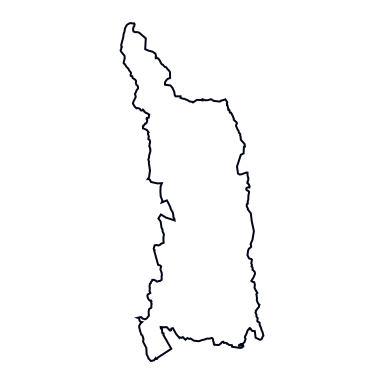 the district of Musatesti, Arges, Romania
{"feature_id": "2599482B8731048337259", "entity_name": "Musatesti", "entity_type": "district", "adm_level": 2, "iso_a3": "ROU", "parent_name": "Romania", "parent_adm1": "Arges", "projection": "albers", "projection_center": [24.756, 45.196], "detail": "fine", "context": "isolated", "style": "outline", "palette": "ink", "viewbox_px": 384, "rotation_deg": 0, "n_neighbors": 0, "source": "geoboundaries", "source_scale": "gbopen_adm2", "svg_char_len": 6028}
<svg xmlns="http://www.w3.org/2000/svg" viewBox="0 0 384 384"><path d="M137.7,317.8L139.0,318.2L139.7,320.9L140.5,321.8L142.0,322.1L140.8,323.1L139.3,325.6L139.1,326.8L140.1,331.0L141.4,334.8L142.3,335.3L143.1,337.6L143.5,339.7L143.2,340.4L143.1,341.7L146.3,348.0L146.7,354.7L147.4,355.6L148.6,358.6L150.9,361.0L154.0,360.3L155.6,358.2L155.9,359.0L156.8,359.0L158.1,357.4L171.3,348.8L163.4,335.0L163.7,334.5L163.5,333.3L162.3,333.0L161.9,328.8L160.9,328.5L160.7,327.0L163.8,327.3L166.7,327.1L170.1,330.6L171.0,330.3L171.3,328.7L172.8,328.1L176.2,334.1L179.4,337.9L179.9,337.4L181.7,337.8L182.8,337.1L185.4,339.7L187.4,338.1L188.9,338.8L190.2,338.8L190.6,338.5L193.8,340.7L199.1,341.2L201.6,340.2L205.3,339.3L206.7,338.6L209.8,338.6L211.7,337.9L212.7,338.6L213.1,339.8L213.1,341.0L213.7,341.9L213.8,344.0L214.4,344.8L214.8,344.5L215.9,344.9L218.9,345.0L220.6,343.7L222.2,342.0L223.3,341.8L223.9,342.9L225.4,342.8L226.9,343.2L226.9,343.7L227.6,343.8L229.2,345.0L231.9,345.2L232.1,345.6L232.1,346.8L240.3,347.9L241.7,347.7L243.3,346.4L243.2,345.5L239.1,345.6L239.0,345.2L241.0,343.9L242.5,344.1L244.6,341.9L245.6,339.0L244.9,337.7L245.1,336.3L246.2,334.6L246.3,333.9L246.9,332.7L247.5,330.6L249.6,328.1L250.1,328.2L250.3,329.3L251.0,329.2L252.3,331.0L254.8,331.1L255.6,337.7L260.0,339.8L261.0,339.4L261.9,338.6L262.8,336.3L263.4,335.7L262.5,332.0L261.5,330.0L261.2,328.6L259.6,324.6L259.7,322.9L259.0,322.2L257.7,321.7L257.3,321.1L257.7,318.2L257.1,317.7L256.4,316.3L256.5,315.6L256.3,314.4L255.5,312.6L255.9,311.7L255.8,310.8L259.0,306.7L259.0,305.7L259.4,304.7L258.7,304.3L257.5,302.3L256.8,299.9L257.0,298.1L256.4,294.4L256.6,293.6L257.3,293.2L257.3,292.8L256.0,290.8L254.5,287.8L254.9,284.7L254.2,282.2L252.3,281.7L251.4,280.9L253.6,277.3L254.9,274.1L255.0,273.5L254.7,271.9L253.3,270.3L252.5,269.8L252.7,268.6L252.5,267.5L251.5,266.3L251.9,265.4L251.9,264.6L251.3,263.6L251.9,259.7L251.4,259.1L249.1,258.4L247.5,255.3L248.0,250.9L248.9,248.7L250.3,247.7L251.2,246.7L250.9,244.6L250.6,244.1L252.5,239.6L253.9,231.1L251.8,221.5L250.8,213.3L247.9,209.5L247.9,208.5L246.8,206.6L246.8,204.4L247.3,203.6L247.8,203.5L247.7,201.4L248.3,199.4L248.4,195.7L249.1,191.9L248.7,191.2L247.1,190.4L246.3,189.5L246.2,188.9L246.5,188.0L248.0,187.4L249.4,187.5L249.6,186.8L249.6,186.2L249.2,185.8L249.0,184.5L248.2,183.9L247.9,183.1L247.4,183.0L247.4,181.7L247.8,181.3L248.3,179.8L248.2,178.4L248.4,177.9L248.1,177.5L247.5,175.3L247.5,172.6L246.6,172.5L241.1,174.4L239.6,174.5L238.0,173.5L237.0,166.6L240.8,154.8L243.6,153.4L243.9,146.8L244.9,146.6L244.6,144.1L240.8,139.7L240.8,138.5L240.5,137.3L240.6,136.5L240.1,135.2L240.3,134.3L240.0,133.6L238.9,132.7L238.5,130.8L237.5,129.3L236.0,125.8L236.2,124.8L236.9,123.4L236.6,122.4L233.8,119.8L233.8,118.4L233.5,118.1L232.7,115.8L231.9,114.6L231.8,114.0L231.0,112.7L229.9,112.6L229.4,110.2L229.0,109.6L228.4,109.8L227.5,105.5L227.0,105.3L227.1,104.4L226.8,103.7L227.2,102.9L227.2,102.2L225.3,99.3L223.6,100.0L221.1,100.6L220.7,101.1L219.6,101.6L213.5,100.8L211.1,99.2L208.1,100.1L205.4,100.3L202.6,99.3L202.6,100.4L200.9,100.0L196.9,99.9L193.0,102.4L192.5,101.9L189.6,101.4L187.0,99.8L185.6,99.5L184.6,98.8L182.7,98.7L180.5,97.8L180.6,96.3L175.5,96.3L174.7,94.9L174.3,92.0L173.0,89.0L172.5,87.8L170.7,85.8L170.2,85.4L165.0,84.7L165.0,82.4L166.2,80.4L167.5,79.0L170.1,78.0L170.0,72.1L168.7,70.2L168.0,69.7L166.1,67.2L164.7,66.8L162.8,64.7L161.8,64.3L160.4,62.1L159.9,60.7L158.5,58.7L157.0,58.0L156.0,58.2L156.3,57.2L156.0,56.6L155.8,56.6L156.0,56.0L155.4,53.6L152.6,51.7L148.4,50.6L145.2,49.2L145.8,38.4L139.2,32.7L137.3,32.1L134.9,32.1L133.5,31.4L133.2,30.7L133.2,28.1L133.7,26.6L134.3,25.9L134.6,24.3L134.2,23.4L132.2,23.5L131.2,23.0L129.1,23.5L126.7,25.1L124.9,28.7L124.5,31.7L123.6,34.0L123.3,37.0L121.3,44.6L121.2,45.9L121.8,46.6L121.8,47.1L121.3,47.7L121.3,48.9L120.9,49.5L120.6,50.6L121.6,52.3L124.5,55.7L124.7,58.3L123.6,62.7L123.8,63.5L124.9,64.2L126.3,66.6L128.4,68.8L129.1,70.3L130.8,72.4L131.0,73.4L130.6,74.6L130.7,75.8L132.3,76.2L132.5,77.6L132.7,78.1L134.7,79.3L135.9,80.6L136.1,81.3L135.8,82.7L136.2,84.2L136.6,85.1L137.4,85.5L138.0,86.7L138.0,88.5L136.5,90.4L135.9,92.2L135.0,93.7L135.7,96.7L135.6,97.4L133.5,101.5L132.9,103.5L134.6,106.5L136.4,108.3L137.3,108.0L139.2,108.5L139.9,108.9L140.6,110.1L141.2,110.5L142.5,110.4L142.9,109.6L143.1,109.7L143.6,110.6L144.3,111.1L144.3,111.6L146.0,113.0L147.2,113.3L149.2,114.6L148.7,117.7L146.9,117.9L147.0,118.7L146.6,119.0L147.3,120.1L146.7,122.6L145.9,123.6L145.2,123.6L143.8,125.6L143.2,125.7L142.9,126.6L143.0,128.3L146.8,129.9L148.6,132.4L148.1,132.8L148.0,133.9L148.9,136.8L148.4,138.0L148.4,139.2L149.5,139.8L150.1,141.5L149.9,143.2L149.5,143.8L149.6,145.2L149.2,146.1L149.9,147.4L150.3,149.0L150.1,149.8L150.4,150.1L150.3,151.6L149.0,156.0L149.1,157.3L148.3,159.5L149.0,161.7L148.9,163.2L150.0,170.5L149.1,176.9L147.8,179.1L149.2,179.1L149.7,179.5L151.0,182.0L157.4,183.4L161.9,183.2L160.6,186.4L160.4,191.6L160.7,196.4L162.4,200.7L161.7,202.5L166.9,200.4L169.1,204.6L170.4,207.4L170.5,208.4L172.0,211.2L172.3,211.5L173.2,214.0L173.4,217.2L174.3,218.7L174.6,220.4L165.8,217.5L160.9,214.5L158.4,218.5L160.6,221.4L161.5,227.6L162.6,230.0L162.5,231.0L162.9,232.2L163.7,233.7L163.9,234.5L163.4,238.1L163.6,242.8L161.0,243.8L159.9,244.9L158.3,245.5L156.6,245.0L154.6,245.4L153.7,248.7L154.0,249.8L154.6,250.2L154.3,250.9L158.1,264.8L160.2,265.5L161.1,266.4L160.4,269.2L161.7,273.0L161.9,275.1L161.6,276.2L161.7,279.2L161.4,280.0L159.8,281.0L158.7,281.0L157.9,281.5L156.7,281.5L155.4,280.4L154.1,280.1L153.8,279.8L152.3,279.9L152.3,280.4L152.0,281.0L151.4,281.4L150.9,282.3L150.7,283.3L149.9,283.8L149.5,286.8L149.9,287.8L149.6,290.2L149.6,291.4L150.2,292.3L150.3,293.0L147.8,294.5L147.4,295.7L147.8,297.8L148.6,299.4L149.3,300.1L150.2,300.4L150.0,300.6L150.2,300.8L150.8,300.6L151.5,301.4L151.2,302.2L151.2,302.9L151.7,304.0L151.3,305.0L151.4,307.1L151.2,307.8L150.0,308.4L149.0,309.3L148.6,311.9L148.9,315.6L147.1,318.0L145.7,319.0L144.9,319.3L142.6,318.5L141.0,317.0L137.7,317.8Z" fill="none" stroke="#020617" stroke-width="2"/></svg>